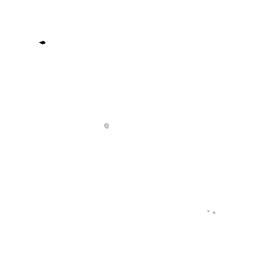 location of Tafunsak, Kosrae, Federated States of Micronesia, rotated 214°
{"feature_id": "79324940B50347323269850", "entity_name": "Tafunsak", "entity_type": "district", "adm_level": 2, "iso_a3": "FSM", "parent_name": "Federated States of Micronesia", "parent_adm1": "Kosrae", "projection": "orthographic", "projection_center": [162.944, 5.328], "detail": "fine", "context": "in_parent", "style": "outline", "palette": "ink", "viewbox_px": 256, "rotation_deg": 214, "n_neighbors": 0, "source": "geoboundaries", "source_scale": "gbopen_adm2", "svg_char_len": 1138}
<svg xmlns="http://www.w3.org/2000/svg" viewBox="0 0 256 256"><g transform="rotate(214 128 128)"><path d="M148.7,119.3L147.5,119.8L145.9,119.6L145.5,117.8L144.8,117.4L144.9,116.5L146.0,115.8L148.3,116.4L149.1,117.6L148.6,118.4L148.7,119.3ZM10.1,106.2L9.9,106.5L8.7,106.4L8.5,106.2L9.2,106.0L9.3,105.6L9.0,105.5L9.2,105.3L9.7,105.3L10.0,105.5L10.2,105.9L10.1,106.2ZM246.8,151.2L247.0,152.2L245.7,151.7L245.5,151.4L246.3,151.0L246.8,151.2ZM15.0,104.5L14.6,104.6L14.4,104.5L14.5,104.0L14.6,103.8L15.0,103.8L15.6,103.9L15.6,104.1L15.0,104.5Z" fill="#d9dde1" stroke="#a8b0b8" stroke-width="1"/><path d="M247.5,150.3L247.4,150.3L247.2,150.3L246.9,150.3L246.7,150.4L246.5,150.5L246.4,150.5L246.4,150.8L246.2,150.9L246.2,151.0L246.2,150.9L246.2,151.0L246.0,151.3L245.9,151.3L245.7,151.4L245.6,151.5L245.4,151.6L245.2,151.6L245.1,151.8L245.2,152.0L245.3,152.0L245.5,152.0L245.5,151.9L245.7,152.0L245.8,152.0L245.8,151.9L246.0,151.8L246.0,151.7L246.3,151.6L246.5,151.6L246.7,151.4L246.8,151.4L246.9,151.2L247.0,151.1L247.0,150.9L247.1,150.7L247.3,150.6L247.4,150.4L247.5,150.3L247.5,150.3Z" fill="none" stroke="#020617" stroke-width="2"/></g></svg>